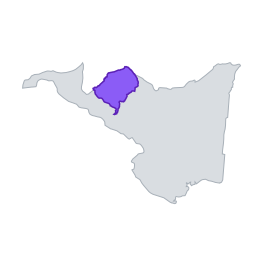 Mayo-Rey, Nord, Cameroon shown in context, rotated 274°
{"feature_id": "32672807B45774164265008", "entity_name": "Mayo-Rey", "entity_type": "district", "adm_level": 2, "iso_a3": "CMR", "parent_name": "Cameroon", "parent_adm1": "Nord", "projection": "orthographic", "projection_center": [14.714, 8.186], "detail": "fine", "context": "in_parent", "style": "filled", "palette": "violet", "viewbox_px": 256, "rotation_deg": 274, "n_neighbors": 0, "source": "geoboundaries", "source_scale": "gbopen_adm2", "svg_char_len": 7398}
<svg xmlns="http://www.w3.org/2000/svg" viewBox="0 0 256 256"><g transform="rotate(274 128 128)"><path d="M56.3,176.9L56.8,175.4L60.9,168.6L63.6,157.6L64.8,155.0L66.0,153.3L71.9,147.5L74.1,145.6L77.3,143.5L79.6,139.2L80.4,138.8L81.4,138.4L86.5,134.8L86.9,135.5L87.2,136.4L87.6,136.8L89.3,137.1L91.5,137.1L92.8,136.9L93.5,136.2L94.2,134.1L94.6,133.8L95.2,133.7L97.6,135.1L101.6,139.2L102.7,139.9L103.1,140.7L104.0,144.3L104.5,145.2L105.3,145.6L106.9,145.4L108.6,144.8L110.0,143.8L111.5,142.6L112.4,141.6L112.9,140.8L113.1,137.8L113.4,137.1L118.7,132.9L118.6,132.4L117.8,131.2L117.0,129.9L117.8,128.5L118.6,127.5L121.7,123.9L121.9,121.3L124.4,117.2L125.8,111.8L125.9,110.8L129.1,104.9L132.4,104.4L133.7,103.5L135.2,102.1L136.2,100.7L136.7,99.4L137.0,96.9L137.6,94.0L138.0,91.5L139.0,89.2L140.7,88.0L143.6,87.1L144.0,86.6L144.5,85.1L144.9,79.9L145.4,77.7L148.1,75.1L149.3,71.1L150.4,66.9L153.5,61.8L157.1,56.8L158.7,55.4L160.1,54.8L161.8,54.7L162.9,54.4L166.7,51.9L168.3,51.0L169.5,50.1L169.8,49.4L169.9,48.3L169.5,45.7L170.2,43.7L170.6,40.8L170.8,38.5L170.6,37.7L169.9,36.3L168.8,34.9L166.8,34.0L164.2,33.8L162.8,33.3L162.3,30.6L162.1,28.9L160.4,20.1L163.7,20.2L167.7,21.2L168.7,22.0L169.2,25.0L170.7,26.7L173.2,28.1L174.8,31.0L175.5,35.4L176.9,38.1L177.2,38.5L179.2,43.4L179.3,45.7L179.1,47.3L179.9,49.2L178.7,52.5L178.4,54.5L178.2,57.3L179.0,62.3L180.2,66.1L181.4,69.2L182.8,71.6L185.2,74.3L187.6,76.7L189.9,78.2L187.8,79.1L183.7,79.3L181.3,78.7L180.2,78.7L179.0,79.0L174.6,79.5L170.2,79.3L166.1,78.7L163.6,78.8L161.6,80.2L160.1,82.5L158.6,84.2L159.1,86.2L160.2,87.3L162.3,89.6L164.3,91.9L165.2,93.5L169.0,96.9L172.7,99.9L174.5,100.9L175.1,101.2L177.1,102.9L179.9,105.7L182.5,110.2L186.1,119.1L186.8,119.8L188.1,120.3L188.2,121.2L188.1,122.6L187.7,123.8L184.9,128.5L182.4,130.3L181.6,131.3L180.7,134.0L178.4,139.3L177.4,140.1L175.2,143.7L173.3,148.2L172.8,148.9L172.1,149.5L169.5,150.6L168.6,151.1L167.2,152.6L167.0,153.5L167.7,154.8L168.4,155.8L169.8,155.8L170.5,156.8L170.5,163.8L169.9,164.8L169.9,165.3L169.6,166.5L169.5,167.8L169.7,168.4L170.2,168.8L171.0,169.7L171.4,171.9L172.3,179.5L172.7,180.7L173.4,181.5L175.8,183.1L178.2,185.3L179.0,186.7L179.4,189.0L180.4,190.7L180.3,191.4L180.0,191.6L178.4,191.7L179.0,193.0L180.2,195.3L186.5,202.3L192.5,208.5L193.9,209.0L194.9,209.1L195.4,209.5L195.9,210.4L197.9,212.6L198.3,213.9L197.8,215.2L198.3,217.1L198.6,217.8L198.5,218.5L198.7,220.8L199.3,222.9L200.2,224.7L200.1,225.9L198.9,226.6L198.2,227.8L198.0,229.4L198.4,231.3L199.3,233.6L199.3,235.0L197.9,235.9L196.3,234.3L194.5,233.2L191.8,231.4L189.2,230.7L185.7,230.6L184.2,230.8L181.6,229.3L180.8,229.1L179.7,229.8L178.9,229.8L177.9,229.5L175.9,229.6L175.8,228.5L175.4,228.3L173.3,228.4L172.6,227.5L172.4,227.6L171.5,227.3L169.8,226.1L168.0,226.9L164.3,226.8L145.5,226.7L145.0,225.5L144.1,224.9L142.4,224.9L137.4,225.1L133.6,224.9L131.0,224.4L127.8,224.1L123.9,224.3L119.8,224.3L112.6,223.9L108.7,223.9L108.7,224.6L108.5,225.1L108.3,226.4L82.8,226.1L80.7,225.2L80.1,224.7L79.9,223.6L79.4,223.5L79.8,219.1L80.7,215.4L81.1,212.0L82.3,208.9L81.7,205.9L80.9,204.5L77.1,200.2L78.9,198.6L76.5,198.8L76.1,197.2L74.9,195.2L75.6,194.9L76.3,193.9L78.4,194.3L78.3,193.7L76.5,192.1L76.7,191.3L77.5,190.4L77.1,190.0L75.8,190.9L74.9,190.9L74.1,190.3L73.6,190.2L73.9,191.4L73.2,192.5L72.5,192.9L71.3,192.8L70.3,192.5L70.1,191.9L69.2,191.4L66.6,190.5L64.5,189.6L64.1,186.9L63.3,185.8L62.9,184.5L62.7,183.0L63.0,180.8L62.5,180.4L61.9,180.3L61.0,180.4L60.1,180.3L59.1,179.0L58.2,178.5L58.7,180.8L58.1,181.4L56.6,181.2L55.9,180.3L55.8,179.7L56.5,176.9L56.3,176.9Z" fill="#d9dde1" stroke="#a8b0b8" stroke-width="1"/><path d="M181.8,131.0L182.0,130.9L181.9,130.8L182.0,130.7L182.4,130.2L182.5,130.0L182.8,129.9L183.1,129.6L183.4,129.3L183.5,129.2L183.9,128.9L184.0,128.8L184.3,128.6L184.5,128.5L184.7,128.2L184.9,128.1L185.2,127.9L185.3,127.8L185.4,127.7L185.6,127.5L185.8,127.4L185.8,127.2L186.0,127.0L186.1,126.9L186.1,126.7L186.4,126.6L186.5,126.3L186.5,126.2L186.8,125.9L186.9,125.7L187.0,125.7L187.2,125.3L187.3,125.2L187.5,125.2L187.6,124.9L187.9,124.7L188.0,124.6L188.2,124.3L188.4,124.2L188.5,124.1L188.5,123.9L188.4,123.8L188.5,123.7L188.7,123.4L188.8,123.1L188.8,122.9L188.7,122.8L188.8,122.6L188.9,122.4L189.0,122.2L188.9,122.1L188.9,121.7L188.9,121.4L188.8,121.1L188.9,120.9L189.0,120.8L189.0,120.7L188.8,120.5L188.6,120.5L188.0,120.3L187.5,120.2L187.3,120.1L187.2,120.0L187.1,119.8L187.0,119.6L186.9,119.5L186.6,119.0L186.5,118.9L186.5,118.7L186.2,118.3L185.7,116.7L185.6,116.3L185.2,116.0L185.2,115.7L185.1,115.2L185.2,114.7L185.0,114.2L184.9,113.9L184.8,113.7L184.5,113.2L184.4,113.0L183.9,111.9L183.7,111.6L183.6,111.4L183.5,111.1L183.4,111.0L183.2,110.6L183.1,110.4L182.8,109.1L182.7,108.9L182.7,108.5L182.6,108.3L182.5,107.9L182.4,107.7L182.3,107.4L182.3,107.1L182.2,106.8L182.1,106.5L182.1,106.4L182.0,106.1L181.9,106.0L181.8,105.8L181.8,105.6L181.7,105.4L181.7,105.2L181.6,104.9L181.6,104.7L181.3,104.7L181.0,104.3L180.7,104.0L180.5,103.9L180.1,103.7L179.9,103.6L179.7,103.5L179.4,103.6L179.2,103.6L178.9,103.5L178.6,103.6L178.4,103.6L177.9,103.4L177.7,103.4L177.5,103.5L177.4,103.4L177.5,102.9L177.5,102.7L177.3,102.4L177.2,102.4L176.9,102.3L176.8,102.1L176.7,102.1L176.3,102.1L176.1,102.0L176.1,101.9L176.3,101.7L176.1,101.6L176.0,101.4L175.9,101.0L175.7,100.9L175.4,100.8L175.3,101.0L175.1,100.9L175.1,101.0L174.9,101.1L174.7,101.1L174.4,101.1L174.1,100.9L173.8,100.9L173.4,100.9L173.1,100.8L172.8,100.4L172.7,100.2L172.4,99.9L172.1,99.7L171.8,99.4L171.4,99.0L171.2,98.8L171.1,98.7L170.9,98.5L170.7,98.3L170.6,98.2L170.1,97.7L169.8,97.4L169.5,97.1L169.3,97.0L169.1,96.9L168.9,96.8L168.6,96.8L168.5,96.7L168.4,96.6L168.1,96.0L168.1,95.9L168.2,95.7L167.9,95.3L167.9,95.2L167.7,95.2L167.4,95.0L167.3,94.9L167.2,94.7L166.9,94.3L166.8,94.2L166.7,94.2L166.3,93.8L166.1,93.6L166.1,93.4L166.1,93.1L166.3,92.6L166.4,92.3L166.3,92.1L166.2,91.9L166.1,91.7L165.6,91.5L165.5,91.3L165.3,91.1L165.3,90.9L165.2,90.9L165.1,90.7L165.0,90.4L164.7,90.5L164.2,90.7L163.6,91.0L163.3,91.6L163.5,92.0L163.2,92.4L162.3,92.4L161.6,92.6L161.4,92.5L161.2,92.5L160.8,92.6L160.5,92.9L159.8,92.9L159.4,93.2L159.4,93.3L158.8,93.8L158.7,93.9L157.4,95.0L156.0,96.5L155.8,97.4L156.0,98.9L155.6,100.1L154.3,101.2L154.1,101.4L153.0,102.0L152.9,102.1L152.3,102.7L151.7,104.9L151.4,106.2L150.9,107.7L149.4,108.7L148.9,108.8L148.8,109.6L148.3,110.2L147.8,111.3L147.3,113.3L146.8,113.8L146.7,114.4L145.8,114.9L145.0,114.8L144.4,114.3L143.8,114.6L142.5,114.5L141.8,114.1L141.5,114.2L140.9,113.2L140.7,113.0L140.5,113.8L141.0,114.5L141.1,115.0L141.5,115.8L142.3,115.9L143.3,116.6L143.9,116.5L144.5,116.8L145.1,116.8L145.5,116.8L146.4,116.7L146.9,117.3L147.2,117.4L148.7,118.0L149.4,117.9L149.7,117.9L151.4,118.0L152.3,117.8L152.9,117.4L153.2,117.3L153.8,117.6L154.2,118.1L154.1,119.0L153.8,120.1L154.0,120.8L154.0,121.1L153.8,121.7L154.0,122.0L154.6,122.1L154.7,122.7L155.1,122.9L156.0,123.2L156.8,123.7L157.5,124.0L158.7,124.4L159.2,124.8L160.7,124.7L161.2,124.4L161.6,124.8L161.8,126.0L162.4,126.4L162.9,126.6L162.9,127.2L163.3,127.5L164.1,128.8L164.9,129.1L165.2,129.5L165.3,130.4L165.3,131.2L165.3,131.4L165.1,132.1L166.7,132.3L167.7,132.3L168.8,132.3L169.4,133.4L169.6,133.8L169.9,134.3L170.2,134.6L170.4,134.8L170.8,135.1L172.6,134.8L173.5,135.1L175.2,134.8L175.3,134.7L176.6,133.8L177.8,133.8L179.9,132.4L180.2,132.2L180.8,131.7L181.4,131.4L181.8,131.0L181.8,131.0Z" fill="#8b5cf6" stroke="#5b21b6" stroke-width="1.5"/></g></svg>